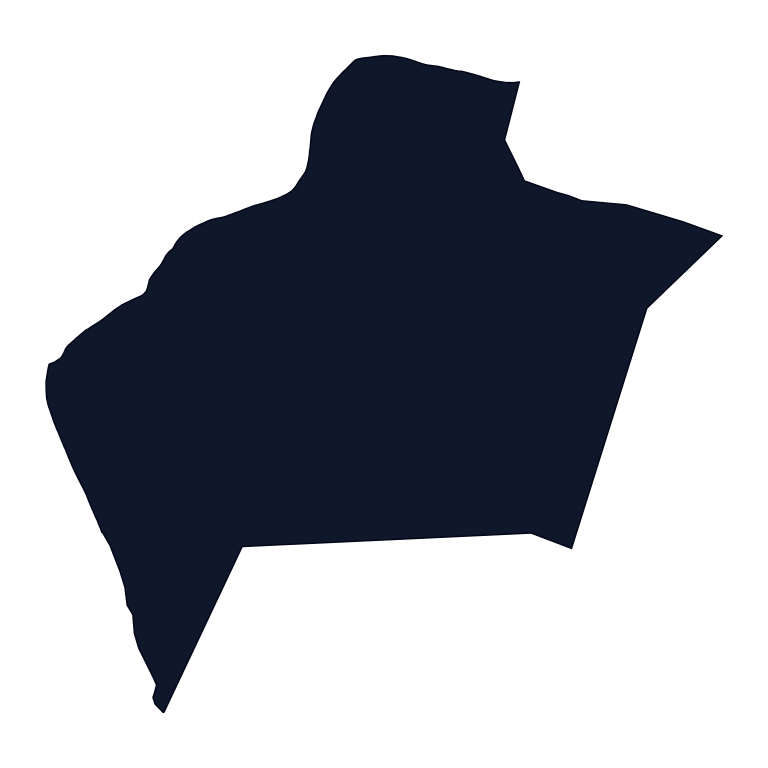 Grande Riviere/Morne Caca Cochon, Dennery, Saint Lucia
{"feature_id": "8701671B52865399345725", "entity_name": "Grande Riviere/Morne Caca Cochon", "entity_type": "district", "adm_level": 2, "iso_a3": "LCA", "parent_name": "Saint Lucia", "parent_adm1": "Dennery", "projection": "albers", "projection_center": [-60.939, 13.929], "detail": "fine", "context": "isolated", "style": "filled", "palette": "ink", "viewbox_px": 768, "rotation_deg": 0, "n_neighbors": 0, "source": "geoboundaries", "source_scale": "gbopen_adm2", "svg_char_len": 5877}
<svg xmlns="http://www.w3.org/2000/svg" viewBox="0 0 768 768"><path d="M721.9,235.9L683.3,221.9L626.5,204.9L581.7,200.8L568.1,195.5L557.3,192.6L524.4,180.9L517.5,166.3L504.5,140.0L519.3,82.0L518.4,82.0L517.5,82.2L515.2,82.5L513.3,82.6L506.3,82.6L505.1,82.5L502.8,82.1L501.1,81.9L498.6,81.5L496.8,81.2L494.4,80.8L491.2,79.9L490.3,79.6L489.5,79.4L487.6,78.7L486.7,78.4L483.6,77.5L478.6,75.8L477.0,75.4L476.0,75.0L474.5,74.7L473.4,74.3L472.5,74.1L470.6,73.6L469.4,73.3L468.1,72.9L466.2,72.4L465.1,72.2L464.2,71.9L462.7,71.6L461.6,71.3L460.3,71.3L458.8,71.2L454.9,70.6L453.5,70.2L452.0,69.8L450.9,69.5L448.3,69.0L447.2,68.8L442.7,67.5L439.3,66.7L438.4,66.5L436.9,66.2L436.1,66.2L434.8,66.0L431.8,65.7L430.8,65.5L428.1,65.2L427.2,65.0L426.1,64.8L425.0,64.6L424.1,64.3L422.3,63.8L421.4,63.5L420.5,63.2L419.0,62.7L417.9,62.3L415.9,61.6L414.8,61.2L413.8,60.9L411.2,60.0L409.3,59.4L406.9,58.7L405.7,58.4L404.6,58.2L401.8,57.5L400.6,57.3L399.7,57.1L398.2,57.0L397.0,56.7L392.7,56.0L391.5,55.9L389.7,55.9L388.5,55.8L386.6,55.8L385.1,55.7L383.8,55.7L382.6,55.8L381.2,55.9L378.0,56.2L377.0,56.4L375.6,56.5L374.7,56.6L373.7,56.7L372.1,57.0L371.2,57.2L370.2,57.3L368.6,57.5L367.3,57.6L366.1,57.8L365.2,57.8L363.8,58.0L362.6,58.2L361.4,58.3L357.8,59.1L355.8,59.9L354.8,60.5L353.7,61.5L352.2,62.9L351.6,63.6L350.8,64.4L349.9,65.2L349.2,66.0L348.6,66.6L347.6,67.6L346.7,68.6L345.0,70.2L344.1,71.0L342.4,72.6L339.7,75.6L339.0,76.3L337.3,78.1L336.0,79.6L335.2,80.6L334.5,81.3L333.6,82.5L332.9,83.5L332.1,84.7L330.5,87.4L329.5,88.9L328.6,90.6L327.8,91.8L327.0,93.4L326.4,94.2L326.1,95.2L325.6,96.1L324.7,98.3L324.2,99.2L323.7,100.2L323.3,101.1L322.9,101.9L321.8,104.4L321.1,105.7L320.7,106.7L320.2,107.8L319.5,109.0L319.1,109.9L318.6,111.1L318.2,112.0L317.8,112.9L316.9,115.6L316.5,116.6L316.1,118.0L315.5,119.3L315.2,120.2L314.1,123.2L313.5,125.2L313.2,126.3L312.1,130.7L311.6,132.9L311.5,134.0L311.3,135.1L311.2,136.1L311.1,137.0L311.0,138.8L310.8,140.1L310.8,141.2L310.7,142.3L310.5,143.5L310.4,145.3L310.3,146.6L309.8,150.5L309.6,151.6L309.4,155.0L309.2,156.3L309.0,157.2L308.9,158.1L308.7,159.8L308.1,162.6L307.8,163.8L307.6,164.7L307.3,165.9L307.1,167.1L306.8,168.2L306.4,169.3L306.0,170.5L305.2,172.3L304.4,173.4L303.7,174.7L302.9,175.6L302.2,176.6L301.4,177.7L300.6,178.9L299.8,180.0L298.4,182.0L297.3,183.9L296.6,185.1L295.1,187.3L293.9,188.7L292.9,189.7L292.3,190.4L291.5,191.1L290.5,191.9L288.7,193.0L287.7,193.7L286.6,194.3L284.3,195.4L282.5,196.2L281.8,196.6L280.9,197.1L280.0,197.4L279.2,197.9L278.1,198.3L276.8,198.7L275.8,199.1L274.4,199.6L273.5,199.9L272.5,200.2L271.3,200.6L270.3,201.0L268.9,201.4L264.4,202.8L263.6,203.1L262.3,203.5L259.1,204.3L257.3,204.9L255.6,205.3L254.8,205.5L254.0,205.8L252.7,206.2L251.6,206.7L250.1,207.2L249.3,207.5L248.4,207.9L247.3,208.2L246.5,208.5L244.5,209.3L243.2,209.8L241.9,210.4L239.7,211.3L237.6,212.0L235.3,212.8L234.1,213.3L232.1,214.1L229.9,214.9L228.7,215.3L226.0,216.3L225.2,216.6L224.1,216.9L222.9,217.2L222.1,217.4L220.9,217.7L218.6,218.0L215.3,218.7L214.4,219.0L213.0,219.2L211.9,219.5L211.0,219.8L210.0,220.2L208.4,220.8L206.7,221.5L203.8,222.9L202.5,223.4L200.8,224.2L200.0,224.5L199.1,225.0L198.3,225.3L196.5,226.2L195.8,226.6L194.4,227.3L193.5,227.9L192.4,228.7L191.4,229.3L189.6,230.4L188.5,231.1L186.9,232.0L185.9,232.8L185.0,233.4L184.4,234.0L182.3,235.7L181.6,236.3L179.6,238.3L178.9,239.2L177.3,241.1L176.7,242.1L175.8,243.4L175.2,244.3L174.2,246.3L173.4,247.6L172.9,248.7L171.8,249.6L170.7,250.4L169.8,251.2L168.8,252.1L167.9,253.2L166.7,254.6L165.5,256.3L165.1,257.1L164.1,259.3L163.4,260.4L162.7,261.6L161.6,263.7L160.9,264.7L160.3,265.6L159.6,266.5L158.7,267.6L157.8,268.6L157.2,269.2L155.9,270.7L154.7,272.0L153.8,273.3L152.5,275.2L151.9,276.0L150.7,277.7L149.5,279.7L148.8,282.6L148.6,283.5L148.3,284.8L148.0,286.0L147.7,287.3L147.3,288.6L146.9,289.5L146.7,290.4L146.1,291.4L144.3,293.5L143.1,294.6L141.9,295.5L140.7,296.1L139.5,296.6L138.4,297.1L137.3,297.7L136.3,298.0L134.3,299.0L132.3,299.8L131.3,300.3L130.0,301.0L124.3,303.7L123.4,304.2L122.1,304.8L120.9,305.7L119.2,306.8L117.3,308.1L115.5,309.3L114.6,309.9L114.0,310.4L112.8,311.4L109.7,313.8L109.0,314.3L107.4,315.6L104.1,318.3L103.2,319.0L102.5,319.5L99.6,321.6L98.5,322.4L97.4,322.9L96.3,323.7L93.8,325.2L90.9,327.1L90.1,327.6L88.8,328.5L86.9,329.7L86.1,330.1L85.1,330.8L83.5,332.1L82.4,333.1L81.7,333.6L80.6,334.5L79.9,335.1L79.0,335.9L78.4,336.5L76.8,337.8L75.3,339.1L74.1,340.3L72.9,341.3L70.6,343.4L69.6,344.3L68.6,345.1L67.9,345.9L67.1,346.8L66.3,347.9L65.8,348.6L65.2,349.8L64.7,351.1L64.2,352.2L63.2,354.2L62.6,355.3L61.9,356.4L61.1,357.5L60.1,358.5L54.2,362.3L49.3,364.1L48.9,365.3L48.3,367.8L47.5,372.2L47.2,374.4L47.0,375.6L46.6,378.3L46.3,379.5L46.2,380.5L46.1,381.7L46.1,383.6L46.2,390.6L46.3,391.8L46.4,394.4L46.5,395.3L46.6,396.7L46.7,398.2L47.0,399.6L47.5,401.9L47.7,402.9L47.9,404.1L48.3,405.3L48.9,407.3L49.9,409.9L51.4,414.5L53.1,419.2L53.3,420.1L53.7,421.3L54.1,422.2L54.5,423.3L55.0,424.4L56.3,427.9L56.9,429.3L57.3,430.3L57.8,431.2L58.3,432.4L59.8,436.0L60.5,437.9L61.5,440.3L61.8,441.2L62.8,443.4L64.0,446.4L65.3,449.1L65.7,449.9L66.4,452.0L67.1,453.4L67.5,454.6L68.3,456.7L68.7,457.6L70.0,460.5L70.4,461.6L71.3,463.6L71.7,464.9L72.1,465.7L72.6,466.9L73.6,469.1L75.8,473.6L76.6,475.3L77.0,476.1L77.4,476.9L78.5,479.1L80.3,482.6L80.7,483.5L82.3,486.4L83.0,487.9L83.5,488.7L84.6,491.1L85.2,492.3L85.6,493.2L86.2,494.3L86.7,495.6L87.2,496.7L88.3,499.7L89.1,501.8L89.6,502.9L90.7,505.7L91.2,506.7L92.1,509.0L93.2,511.1L93.6,512.4L94.0,513.2L95.4,516.6L97.1,520.1L97.8,521.8L98.1,522.7L98.8,524.5L99.3,525.6L99.7,526.5L101.0,529.7L101.8,532.2L102.7,532.7L110.0,545.4L120.0,571.2L125.0,587.5L127.2,605.2L132.9,614.8L134.4,633.3L138.7,648.0L153.0,676.9L156.6,685.0L154.4,693.1L153.0,697.5L155.2,704.2L163.1,712.3L163.9,712.3L242.2,546.5L531.0,533.0L571.5,548.4L646.8,308.2L721.9,235.9Z" fill="#0f172a" stroke="#020617" stroke-width="1.5"/></svg>